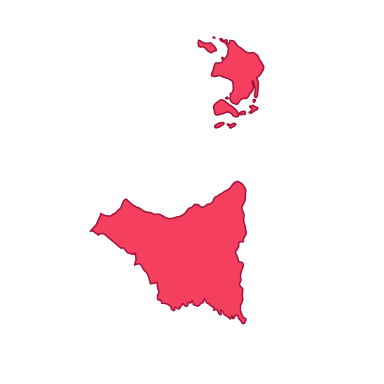 the district of Kokopo District, East New Britain, Papua New Guinea, rotated 341°
{"feature_id": "67681753B40757041944416", "entity_name": "Kokopo District", "entity_type": "district", "adm_level": 2, "iso_a3": "PNG", "parent_name": "Papua New Guinea", "parent_adm1": "East New Britain", "projection": "robinson", "projection_center": [152.359, -4.313], "detail": "fine", "context": "isolated", "style": "filled", "palette": "rose", "viewbox_px": 384, "rotation_deg": 341, "n_neighbors": 0, "source": "geoboundaries", "source_scale": "gbopen_adm2", "svg_char_len": 6069}
<svg xmlns="http://www.w3.org/2000/svg" viewBox="0 0 384 384"><g transform="rotate(341 192 192)"><path d="M127.3,287.3L130.2,288.6L132.4,290.1L134.9,293.7L134.9,294.3L134.2,295.5L134.6,296.3L136.2,298.3L136.9,298.3L137.4,297.7L137.6,296.5L138.4,295.5L139.0,295.7L140.5,297.7L141.4,298.3L142.6,298.1L143.7,296.7L145.4,295.9L146.5,294.7L147.0,294.7L147.7,295.7L148.0,296.9L148.9,297.9L149.8,298.3L150.7,298.1L151.4,297.3L151.7,295.7L152.6,295.1L153.3,295.5L154.1,296.5L154.5,296.5L156.6,295.1L157.1,295.7L157.1,297.1L156.6,298.5L156.9,299.3L159.0,300.7L160.1,301.8L162.0,301.6L164.4,300.1L166.5,300.2L167.2,299.6L167.6,298.5L168.9,297.3L169.7,299.4L169.7,301.2L170.4,302.4L171.2,302.8L173.2,306.4L175.3,308.5L175.3,309.1L174.0,310.3L174.4,310.9L176.5,310.9L177.4,312.1L177.9,315.9L178.6,317.2L179.7,317.2L180.3,313.9L180.9,313.3L181.4,313.3L182.1,315.2L182.1,316.8L182.6,318.5L185.2,321.7L187.0,324.5L188.6,322.5L189.6,322.4L190.0,323.1L189.1,324.5L189.6,325.1L190.3,325.1L192.6,323.1L193.5,322.9L194.3,323.3L195.0,324.5L195.0,327.2L196.0,329.0L196.8,332.5L197.8,333.3L198.9,333.2L201.2,330.5L201.7,329.6L199.6,327.0L199.2,323.8L199.1,320.3L200.5,316.1L201.1,314.9L203.6,312.3L205.1,310.0L205.7,306.2L206.9,304.2L207.6,302.0L208.4,300.6L208.4,299.6L206.9,296.7L206.9,294.5L209.3,291.7L209.8,290.7L210.0,288.7L210.9,286.2L213.1,282.6L215.7,279.6L216.9,277.6L216.8,275.6L215.5,274.3L213.4,273.2L213.8,270.7L213.8,267.3L213.4,264.8L213.6,263.0L214.3,262.0L215.8,261.2L218.3,259.0L219.3,256.0L220.5,254.8L221.8,254.8L223.9,255.8L224.9,254.6L225.4,253.2L226.8,251.6L228.9,250.0L229.6,249.1L230.1,247.9L230.5,244.7L231.0,242.9L231.3,237.4L231.7,235.2L233.6,231.0L233.9,229.6L233.7,224.7L234.1,222.9L234.6,221.9L237.2,219.7L239.5,217.1L240.2,215.9L240.8,213.4L241.7,212.0L242.4,209.8L243.5,208.0L243.4,206.0L242.9,203.4L242.0,200.7L240.6,198.7L238.5,196.7L236.4,196.7L233.8,197.5L229.8,200.3L227.7,201.3L223.0,202.1L219.5,203.1L217.1,203.3L214.6,204.3L212.4,204.3L211.0,205.1L208.5,208.0L205.9,209.1L202.3,208.7L198.5,210.0L197.4,209.9L196.2,209.4L195.1,208.4L194.2,206.6L193.5,205.8L191.6,204.8L190.0,204.8L186.4,206.6L183.4,206.4L178.5,209.8L176.1,210.6L172.1,211.1L170.0,210.7L165.1,210.6L162.1,209.9L160.5,209.1L159.0,207.9L154.6,203.0L153.2,202.0L150.4,201.4L149.2,200.8L146.0,198.0L142.0,195.9L139.4,193.5L137.7,190.8L136.2,189.3L134.7,188.4L131.3,184.2L129.1,180.5L128.0,178.1L127.3,177.3L126.6,177.1L124.3,178.3L120.0,183.3L118.2,184.5L116.2,185.1L113.7,186.6L112.5,187.0L110.6,187.1L108.1,188.0L106.7,188.1L104.3,187.1L102.5,186.1L99.7,183.9L98.8,182.8L98.5,183.5L90.9,191.7L83.4,195.8L85.9,196.9L89.5,202.3L90.6,201.5L93.6,202.0L95.4,203.3L106.7,222.2L109.0,222.3L111.3,228.4L115.4,231.5L116.0,231.4L117.0,232.0L117.2,231.6L118.0,231.3L118.5,231.8L117.1,237.7L114.2,241.9L114.1,242.3L117.7,242.4L119.3,243.1L120.3,245.3L121.2,250.8L122.5,252.8L123.3,255.2L123.3,259.6L122.9,265.3L129.4,266.3L129.4,267.1L128.5,270.2L128.3,271.6L128.2,273.9L128.6,274.9L128.6,275.5L126.6,277.6L126.0,278.0L124.5,281.8L125.0,283.3L126.9,283.8L127.5,285.0L127.2,285.4L127.3,287.3ZM271.1,59.3L270.6,58.5L270.1,56.9L269.6,56.4L268.5,56.2L268.0,57.0L268.9,58.9L272.2,62.1L273.1,66.2L273.1,68.0L272.7,69.2L270.7,73.0L268.9,75.0L267.5,76.2L266.7,76.6L265.8,76.4L264.7,74.6L264.0,74.6L263.7,75.4L264.2,77.2L263.2,78.6L262.3,79.2L261.3,79.4L259.9,78.6L258.3,78.6L257.1,77.8L255.8,78.0L254.1,80.0L252.2,83.0L249.6,85.9L248.5,87.7L248.5,88.5L250.3,89.9L252.4,90.5L256.4,90.9L258.9,93.6L260.6,94.6L261.3,95.4L262.9,96.2L265.9,99.8L266.2,100.5L266.2,102.5L264.8,107.5L264.0,109.3L262.9,110.5L261.5,111.3L260.6,111.3L259.9,111.9L259.8,113.4L259.3,114.6L257.9,116.2L258.4,118.4L258.4,119.4L259.5,121.2L262.8,123.7L264.2,123.5L267.8,120.7L269.7,120.1L271.5,120.3L273.1,121.1L274.5,121.1L275.7,120.7L278.1,118.3L280.2,117.3L282.1,115.9L283.5,114.4L284.2,113.2L284.6,112.0L284.5,108.8L284.9,107.0L285.4,106.6L285.8,107.4L285.6,114.9L285.1,115.7L285.1,116.3L282.7,120.5L282.3,122.5L282.7,123.1L283.9,123.5L284.9,122.5L286.1,120.3L287.0,117.9L287.5,117.3L289.1,113.7L290.3,110.0L290.5,105.4L291.3,104.6L293.3,104.2L295.4,102.8L298.5,100.2L299.9,98.6L300.6,97.1L300.6,95.7L299.9,92.9L299.9,91.7L298.8,88.7L298.8,85.4L298.1,83.4L295.8,80.6L294.6,79.8L292.1,79.5L290.9,78.9L288.8,77.3L287.9,76.3L285.3,71.9L283.6,70.2L282.5,68.2L281.1,63.6L279.7,62.1L277.4,61.1L276.7,61.7L275.7,63.7L274.5,63.5L273.8,62.5L273.8,61.7L274.5,60.7L274.5,59.9L273.8,59.1L272.9,59.1L272.4,59.5L271.1,59.3ZM259.8,127.5L258.4,125.5L257.9,124.2L255.8,121.8L251.9,115.8L250.7,114.9L249.5,114.3L248.4,114.3L243.9,115.7L240.9,117.3L240.2,118.1L239.9,119.3L239.7,122.0L239.2,124.4L239.2,126.0L239.9,127.0L240.6,127.4L246.7,128.0L250.7,127.7L253.0,128.5L254.8,130.7L255.8,133.5L256.9,134.7L258.6,135.4L260.2,135.6L261.1,134.8L261.0,130.3L259.8,127.5ZM257.4,66.1L260.9,66.1L261.4,65.7L260.7,61.5L259.6,60.0L259.1,58.3L258.2,57.2L257.5,56.8L254.6,56.4L253.0,55.6L250.5,53.7L248.3,50.9L247.7,50.7L246.9,51.7L245.8,54.9L245.8,56.4L247.1,57.8L249.2,58.0L250.0,58.4L251.8,60.8L252.1,62.4L253.2,64.3L254.8,66.1L256.0,66.7L257.4,66.1ZM274.8,129.6L274.3,130.6L275.5,132.0L275.7,132.6L275.5,133.4L273.8,134.8L272.8,135.0L271.9,135.6L272.1,136.0L273.1,136.6L274.2,136.6L278.5,135.4L280.8,135.2L281.5,134.4L281.5,133.8L280.6,132.6L279.0,131.6L278.1,130.0L277.4,129.8L276.1,130.0L274.8,129.6ZM239.3,139.5L244.1,138.1L244.8,137.3L243.8,136.3L241.3,135.7L239.8,135.7L235.6,136.5L234.9,137.1L234.7,138.3L235.6,139.3L239.3,139.5ZM250.8,141.2L249.4,140.6L248.2,139.2L247.3,139.8L248.5,141.6L248.7,143.4L249.4,144.2L254.6,143.2L255.3,142.6L255.3,141.6L253.9,140.6L252.7,140.6L250.8,141.2ZM268.2,134.8L268.4,133.4L267.7,132.6L265.9,132.2L263.5,132.3L262.4,133.0L262.6,134.2L263.5,135.0L265.6,134.8L266.6,135.8L267.3,135.8L268.2,134.8ZM281.8,126.0L281.8,125.3L280.2,124.5L279.9,124.9L279.4,126.8L280.1,127.4L281.8,126.0ZM256.6,115.2L256.6,114.2L256.1,113.7L254.9,113.7L254.4,114.1L254.4,114.5L254.9,115.0L255.9,115.6L256.6,115.2ZM263.8,53.8L263.8,53.2L262.4,52.4L262.2,52.8L263.5,54.0L263.8,53.8Z" fill="#f43f5e" stroke="#9f1239" stroke-width="1.5"/></g></svg>